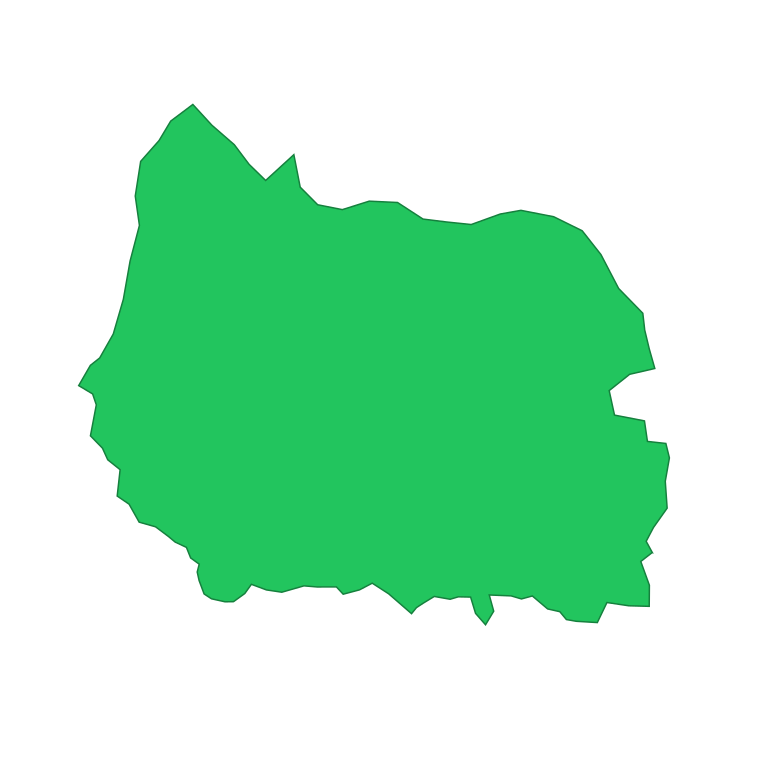 the district of Agios Dimitrianos, Paphos, Cyprus, rotated 280°
{"feature_id": "46923920B5099414499518", "entity_name": "Agios Dimitrianos", "entity_type": "district", "adm_level": 2, "iso_a3": "CYP", "parent_name": "Cyprus", "parent_adm1": "Paphos", "projection": "orthographic", "projection_center": [32.548, 34.902], "detail": "fine", "context": "isolated", "style": "filled", "palette": "green", "viewbox_px": 768, "rotation_deg": 280, "n_neighbors": 0, "source": "geoboundaries", "source_scale": "gbopen_adm2", "svg_char_len": 1438}
<svg xmlns="http://www.w3.org/2000/svg" viewBox="0 0 768 768"><g transform="rotate(280 384 384)"><path d="M351.4,91.6L329.4,83.6L323.6,98.8L313.5,104.3L282.0,103.9L271.9,117.9L261.4,125.1L253.8,139.0L227.3,140.7L221.4,153.8L205.4,166.9L203.7,183.8L196.6,197.8L192.0,205.9L188.8,217.8L179.1,223.8L174.5,233.3L166.4,232.7L158.4,236.0L146.0,243.3L142.5,251.4L141.9,265.2L143.5,273.6L153.5,283.3L163.7,288.2L160.8,303.9L161.2,319.5L171.3,340.2L172.5,353.3L175.9,372.4L169.9,380.3L177.0,395.6L185.8,407.0L178.2,425.0L162.6,451.0L169.4,454.8L174.8,460.5L183.5,470.4L183.5,486.5L187.3,494.1L189.2,506.3L174.0,514.0L164.5,525.8L179.3,531.5L194.5,524.3L197.4,546.0L196.2,556.7L201.0,566.9L190.9,584.2L190.3,596.7L183.7,604.5L183.7,614.6L186.1,635.5L207.5,641.5L208.1,663.6L211.1,683.8L231.9,680.3L253.8,667.7L264.5,677.3L264.5,677.6L274.6,669.5L289.5,674.3L310.9,684.4L337.0,677.9L360.8,677.9L374.4,671.9L373.2,653.4L392.9,646.9L393.4,616.4L416.6,606.9L436.2,624.2L446.3,648.0L464.7,639.1L482.6,631.3L484.1,630.9L498.6,626.6L518.8,598.5L549.1,575.2L569.3,552.6L578.2,522.1L578.8,488.7L571.6,469.0L556.2,442.2L554.4,417.1L553.2,393.8L565.1,365.8L561.5,337.7L548.5,312.7L549.0,287.6L563.3,267.3L594.2,255.4L563.9,232.1L576.9,213.0L593.6,195.1L609.0,169.5L626.1,147.2L605.9,128.3L584.7,120.2L561.0,105.7L525.9,106.4L497.7,115.6L461.0,112.6L422.1,112.6L386.2,108.7L360.3,99.5L351.4,91.6Z" fill="#22c55e" stroke="#15803d" stroke-width="1.5"/></g></svg>